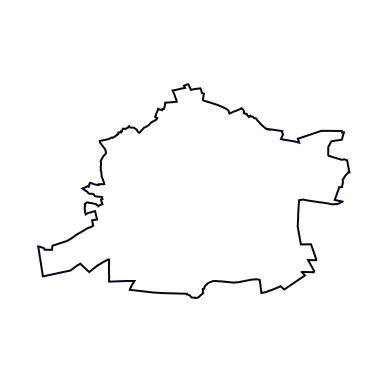 outline of Biharia, Bihor, Romania, rotated 174°
{"feature_id": "2599482B24055189409402", "entity_name": "Biharia", "entity_type": "district", "adm_level": 2, "iso_a3": "ROU", "parent_name": "Romania", "parent_adm1": "Bihor", "projection": "natural_earth1", "projection_center": [21.929, 47.156], "detail": "fine", "context": "isolated", "style": "outline", "palette": "ink", "viewbox_px": 384, "rotation_deg": 174, "n_neighbors": 0, "source": "geoboundaries", "source_scale": "gbopen_adm2", "svg_char_len": 5933}
<svg xmlns="http://www.w3.org/2000/svg" viewBox="0 0 384 384"><g transform="rotate(174 192 192)"><path d="M278.4,252.2L278.3,250.7L274.3,244.2L273.6,242.3L273.4,240.3L273.6,239.6L273.8,239.2L274.0,238.9L274.5,238.4L275.4,237.8L276.4,236.9L277.0,236.0L278.0,234.7L279.1,232.9L279.5,232.3L279.6,231.6L279.4,230.0L279.6,229.0L279.6,228.6L279.7,227.9L280.0,227.3L280.1,226.9L280.2,226.4L280.1,225.8L280.1,225.3L280.5,223.5L280.3,222.4L280.2,221.6L280.1,219.7L280.2,217.3L280.2,216.9L280.0,216.0L279.5,214.3L279.1,212.8L279.0,212.0L278.7,211.3L278.7,210.9L278.6,210.6L278.6,210.3L278.4,209.1L278.9,209.0L284.0,209.5L284.1,208.8L285.4,209.0L285.9,209.0L286.8,209.3L288.4,209.9L290.0,210.8L292.7,211.7L294.2,208.0L295.3,208.7L296.4,208.2L299.4,207.1L300.6,206.9L299.0,205.4L297.0,203.9L296.5,203.5L296.0,202.9L295.6,202.2L294.8,201.4L294.0,200.9L292.8,200.8L292.0,200.8L290.8,200.4L290.3,200.2L289.9,199.7L289.4,198.9L289.1,198.1L288.6,197.9L287.0,197.4L283.1,196.7L282.1,196.4L282.3,196.0L282.2,195.3L282.1,194.9L281.8,194.5L283.3,194.0L283.1,192.5L282.9,191.3L282.7,191.3L282.4,189.7L282.5,189.7L282.4,189.2L283.6,189.0L285.9,188.3L286.1,187.9L286.5,187.7L286.5,188.0L286.7,188.3L287.3,188.7L287.8,188.8L288.2,189.2L288.5,189.7L288.9,190.1L289.4,190.2L292.2,191.1L293.3,191.6L294.9,191.7L295.3,191.8L296.0,192.2L296.9,192.6L297.5,192.6L297.9,192.4L298.9,191.8L299.8,191.4L299.7,190.4L300.3,187.1L300.5,186.7L300.5,185.8L300.4,184.6L300.5,183.6L300.0,180.8L297.9,181.8L296.7,182.1L294.3,182.4L292.8,182.8L291.5,183.0L290.4,183.1L289.3,174.6L294.3,174.3L293.8,168.9L295.8,167.9L296.3,167.7L296.9,167.6L300.0,166.8L306.7,163.6L310.5,162.0L311.4,161.6L315.6,159.1L317.0,158.4L320.3,156.8L320.7,156.6L323.9,155.8L333.9,153.7L336.4,153.2L337.1,150.2L337.1,149.2L338.8,149.3L344.6,150.0L345.1,151.5L345.8,152.1L347.2,152.5L348.0,153.0L348.8,153.4L350.6,153.9L350.0,141.3L349.9,139.6L349.2,125.6L349.2,123.7L348.7,123.7L340.8,124.5L332.0,125.5L326.3,126.1L324.8,126.2L321.4,126.6L320.4,127.0L316.4,129.5L314.2,130.7L310.5,132.4L309.7,131.3L302.6,123.1L295.5,127.6L293.8,128.8L293.2,129.1L293.1,128.9L291.8,129.6L287.4,131.7L282.2,133.7L281.6,133.4L282.0,129.2L282.6,124.9L282.9,120.5L283.1,120.2L283.2,119.7L283.2,119.0L283.1,118.4L283.3,115.6L283.5,114.7L283.8,111.5L267.4,110.4L258.5,109.5L259.0,108.8L261.0,106.4L263.5,102.5L264.0,101.2L263.9,101.2L241.6,96.2L236.3,95.3L234.7,95.0L227.8,94.0L218.6,92.8L215.2,92.3L207.9,91.4L208.0,90.8L205.3,89.7L203.4,87.2L203.2,87.1L200.8,86.6L198.3,86.2L196.9,86.5L195.8,87.1L195.1,87.6L194.6,88.3L193.6,88.8L192.7,89.3L192.0,89.9L191.4,90.3L191.5,90.9L191.7,91.0L191.5,92.9L191.5,93.7L191.4,94.4L190.0,94.5L189.6,95.8L188.8,97.2L188.5,97.5L186.0,99.3L185.6,99.6L185.0,99.9L182.2,100.7L180.6,101.2L177.1,101.0L176.5,100.7L172.5,100.1L167.1,99.0L161.0,97.7L159.6,97.5L156.5,97.5L155.3,97.4L143.2,98.5L140.8,98.6L136.7,98.4L135.6,98.2L133.8,97.3L133.5,84.3L128.1,84.8L126.6,85.5L123.0,86.2L115.9,88.3L114.0,88.9L113.7,89.0L110.5,85.4L88.4,97.2L91.2,100.9L90.9,101.0L84.7,100.2L79.3,99.5L78.8,100.9L79.0,101.5L79.4,102.0L80.0,103.5L83.7,112.3L80.0,111.7L76.9,111.3L75.7,111.1L75.5,111.3L75.5,111.7L76.4,116.1L79.1,127.6L84.0,128.0L89.2,128.5L90.5,146.7L90.4,147.2L89.1,155.6L88.6,159.7L86.8,170.4L86.5,171.7L86.5,172.2L86.3,172.7L85.7,172.7L84.2,172.8L82.1,172.8L79.8,172.1L78.0,171.5L73.6,170.4L67.6,168.8L64.1,168.0L56.8,166.1L55.9,165.6L54.9,165.3L54.1,165.2L53.2,165.1L52.6,165.0L52.3,165.0L50.7,165.0L49.6,164.8L47.7,165.1L43.6,166.5L43.4,166.7L46.9,167.9L49.8,168.8L50.9,169.2L49.1,172.8L46.0,179.4L45.0,181.5L44.1,181.2L43.4,181.2L42.3,181.3L41.9,182.7L41.1,184.9L40.8,186.8L41.0,188.2L39.5,190.0L37.8,192.2L35.8,194.0L34.8,194.7L34.8,195.0L33.4,195.0L33.7,198.5L33.9,200.3L34.1,203.4L34.4,207.3L35.2,207.6L36.6,208.4L37.1,208.5L39.8,208.4L40.9,208.8L41.7,209.2L52.2,213.7L52.7,214.4L51.7,222.7L48.0,227.9L37.6,228.3L34.7,235.4L36.4,235.4L36.5,236.2L36.7,237.0L50.5,238.6L56.9,239.3L81.1,233.9L80.3,229.8L84.5,231.5L88.8,232.7L97.0,235.0L98.0,235.3L95.4,240.0L96.3,242.1L95.8,243.1L107.0,246.0L107.3,245.7L110.1,246.4L109.8,246.7L111.5,247.1L111.8,247.3L112.1,247.4L113.2,248.7L114.4,249.9L115.9,251.6L117.5,253.7L118.5,255.2L119.5,256.3L119.9,257.4L120.7,258.4L121.4,258.8L122.3,258.9L123.1,259.6L123.7,260.5L124.1,260.7L124.8,260.7L125.4,260.9L125.6,261.1L126.2,261.8L127.6,260.6L128.2,261.4L128.2,261.8L129.1,262.6L129.3,263.8L130.2,264.2L130.9,264.2L131.6,264.6L131.9,264.7L132.3,265.1L132.3,265.4L131.8,265.9L132.0,267.4L132.7,268.8L133.5,269.5L133.9,270.2L134.7,269.8L135.3,269.5L138.7,268.4L142.3,267.5L145.8,266.3L146.5,266.0L146.8,266.7L146.9,267.7L147.2,269.1L148.0,270.2L152.4,273.1L153.3,273.6L156.0,275.1L158.0,276.1L162.7,278.2L166.7,280.0L166.8,279.9L171.1,281.9L171.4,282.1L171.5,282.3L171.5,282.5L171.1,284.2L170.6,286.0L169.8,288.7L169.9,288.8L171.5,289.2L171.8,289.4L171.8,289.8L172.3,292.8L172.7,293.9L173.0,294.3L174.6,294.1L175.6,294.2L179.7,294.0L182.4,293.7L182.9,295.3L184.2,299.0L184.7,299.7L188.9,298.5L187.9,296.3L189.3,296.1L190.5,296.1L197.2,295.2L200.7,295.0L199.1,290.1L198.8,288.4L197.8,284.4L197.9,283.3L209.3,283.6L210.0,280.7L211.2,277.5L213.1,277.5L213.4,276.5L217.0,278.2L217.2,277.3L219.8,273.0L219.9,271.9L220.6,271.2L220.8,270.7L220.4,270.0L219.9,269.7L218.8,269.1L219.7,267.8L225.4,265.4L226.1,264.9L227.1,263.8L228.6,262.7L231.1,261.5L232.8,261.1L238.0,256.4L238.6,256.6L239.5,257.6L240.2,259.1L240.6,259.8L241.6,260.8L242.7,261.6L243.5,262.1L244.8,262.3L245.6,262.4L246.3,262.5L246.9,262.8L247.7,264.0L248.4,263.5L248.8,262.9L249.2,262.6L249.4,262.4L250.1,262.4L250.5,262.3L250.8,262.0L251.1,261.8L251.3,261.6L251.6,261.6L253.3,262.2L253.6,262.2L254.0,262.1L254.5,261.7L254.9,260.6L255.2,259.8L256.1,259.8L256.2,258.7L259.0,258.9L259.3,257.4L260.2,257.2L260.3,256.6L261.4,256.1L263.5,255.0L265.5,254.2L266.0,254.6L266.7,254.3L268.4,253.7L269.7,253.3L273.7,252.8L275.3,252.7L278.2,252.4L278.4,252.2Z" fill="none" stroke="#020617" stroke-width="2"/></g></svg>